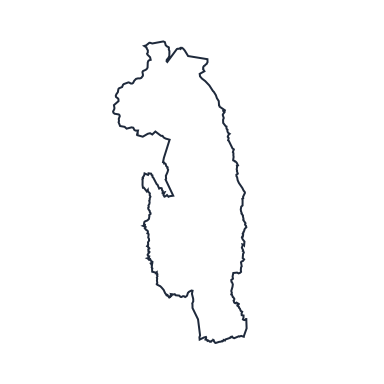 Jilotepec, Veracruz, Mexico (orthographic projection), rotated 64°
{"feature_id": "50627088B17060352314255", "entity_name": "Jilotepec", "entity_type": "district", "adm_level": 2, "iso_a3": "MEX", "parent_name": "Mexico", "parent_adm1": "Veracruz", "projection": "orthographic", "projection_center": [-96.915, 19.611], "detail": "fine", "context": "isolated", "style": "outline", "palette": "slate", "viewbox_px": 384, "rotation_deg": 64, "n_neighbors": 0, "source": "geoboundaries", "source_scale": "gbopen_adm2", "svg_char_len": 6072}
<svg xmlns="http://www.w3.org/2000/svg" viewBox="0 0 384 384"><g transform="rotate(64 192 192)"><path d="M227.3,256.5L228.8,259.3L229.7,259.6L230.2,259.5L231.1,258.6L232.2,259.6L232.0,261.2L232.5,260.8L234.2,260.3L234.1,259.0L235.7,259.1L237.3,258.3L237.5,258.8L237.6,258.5L238.0,258.5L238.7,259.0L238.4,260.1L239.6,259.7L239.9,259.9L239.8,260.3L240.7,260.3L242.1,261.3L243.2,261.1L243.4,261.5L246.2,262.7L248.5,260.0L248.8,260.1L248.6,258.8L249.5,259.2L250.7,259.1L251.1,259.9L252.5,259.9L253.6,261.2L254.7,261.3L256.1,262.3L258.6,263.1L259.3,264.1L260.1,263.9L262.8,261.8L264.5,261.2L267.6,260.4L271.2,260.5L272.8,260.1L273.5,259.4L273.9,260.0L275.1,259.0L276.8,258.8L276.9,258.6L276.4,258.0L276.7,257.6L276.3,257.2L276.3,256.8L275.5,256.6L275.0,255.9L275.2,255.7L276.1,255.7L275.6,254.6L275.1,254.8L276.3,253.0L276.3,252.3L277.7,251.9L279.5,248.9L281.2,248.3L281.7,247.7L281.7,245.7L282.3,244.8L283.4,244.2L283.3,242.8L282.9,241.8L280.9,239.9L280.4,238.5L280.3,235.7L281.0,234.8L283.5,236.7L288.7,237.8L289.9,238.4L290.7,238.7L292.4,240.7L293.3,240.9L296.5,242.4L309.1,242.4L324.4,247.6L325.8,249.0L328.0,249.8L328.0,245.1L328.4,243.0L328.8,243.0L329.2,243.6L330.1,243.7L330.6,244.5L331.8,243.2L332.6,243.3L332.6,242.5L334.5,241.5L334.9,240.6L334.4,240.1L334.4,238.6L334.7,238.3L334.2,237.8L334.9,237.4L335.5,237.8L337.9,237.2L338.1,236.8L338.6,233.3L339.2,231.5L339.1,230.3L339.6,230.0L339.3,228.7L338.9,228.4L339.9,227.5L339.2,226.6L339.8,221.7L339.8,221.3L339.4,221.1L339.3,220.2L339.6,219.3L340.3,219.4L341.9,218.2L342.2,213.1L342.7,212.8L342.9,210.9L344.8,208.9L343.9,208.2L338.5,202.7L330.0,198.9L329.8,199.4L330.2,200.1L330.2,200.9L329.4,201.8L328.8,202.1L327.5,200.8L325.6,199.8L324.5,201.3L322.7,200.6L321.7,199.4L320.2,200.3L317.8,200.1L316.6,200.5L315.9,200.2L314.0,201.1L313.3,200.6L313.5,199.3L313.2,199.0L310.9,200.5L311.0,201.8L310.2,202.4L309.5,202.5L307.8,202.2L307.6,201.6L306.7,200.8L304.7,201.0L304.3,201.4L301.8,201.1L301.3,201.6L300.1,200.4L298.2,200.1L295.0,197.2L292.9,195.8L290.7,195.6L290.0,195.9L288.3,195.3L287.9,193.2L285.8,192.6L282.9,190.4L284.2,186.8L285.6,185.8L285.7,184.3L285.3,182.9L283.5,182.3L281.2,180.9L280.6,179.9L276.7,178.8L276.2,178.1L276.3,176.4L275.4,174.7L273.6,175.4L270.0,173.2L269.2,172.0L267.4,171.8L267.2,172.1L266.6,171.6L263.9,171.6L262.0,169.7L261.2,169.6L261.9,168.7L262.7,168.5L259.6,166.6L256.7,167.2L254.7,167.1L254.1,166.4L254.4,165.9L252.8,164.7L251.8,164.8L251.4,163.9L250.8,163.3L250.6,163.4L249.7,162.0L248.7,161.3L248.2,160.6L247.5,158.6L245.9,158.3L245.4,158.6L244.2,158.5L243.5,157.6L239.5,158.2L239.1,157.6L235.7,156.8L235.4,156.5L233.2,157.0L233.0,156.6L230.8,156.4L229.0,155.8L226.7,154.1L226.3,152.5L221.7,150.2L220.2,149.8L220.2,148.8L218.7,148.2L216.0,144.8L214.9,144.6L213.5,145.0L210.5,145.0L204.4,145.9L201.4,145.8L198.6,145.0L197.2,145.1L195.9,144.5L195.6,142.8L192.9,142.5L192.5,142.1L191.2,141.9L189.1,140.4L188.0,140.1L188.2,139.0L185.2,139.0L183.5,139.6L183.3,140.1L182.6,140.2L181.9,141.0L181.4,141.1L178.7,139.2L177.3,138.8L175.2,137.7L174.1,137.8L172.0,135.7L170.6,136.5L162.1,136.5L161.4,136.9L159.6,135.4L158.1,135.7L157.7,135.4L156.4,133.7L156.2,132.7L154.6,133.6L153.3,133.6L152.0,133.2L151.7,132.8L150.4,133.2L149.5,133.0L148.3,132.3L147.6,132.9L143.6,133.7L140.7,132.4L139.4,131.0L136.7,130.7L135.8,130.3L134.5,127.8L133.3,128.4L132.6,128.4L132.3,128.0L133.7,126.2L127.4,129.8L126.1,129.5L125.9,129.7L122.0,128.1L118.6,128.5L115.4,128.1L111.4,128.5L110.5,128.9L103.8,129.7L98.1,131.5L94.5,133.3L91.6,134.1L89.2,133.3L88.9,127.9L86.3,128.2L85.8,127.6L84.8,127.3L84.0,126.1L84.0,125.2L83.4,123.8L83.4,122.9L82.1,121.1L79.4,119.9L68.1,135.9L61.7,136.5L59.3,137.1L58.1,137.8L58.3,139.4L57.5,139.2L57.5,141.1L57.0,142.0L56.9,143.0L64.3,157.2L63.3,157.5L62.1,156.7L61.0,154.2L59.7,152.7L55.4,150.5L53.8,150.4L52.2,149.5L51.6,149.5L50.5,150.5L48.6,151.3L45.4,150.7L44.1,151.8L41.1,162.6L39.4,164.4L39.2,165.0L40.1,168.9L39.8,170.9L42.2,169.5L42.8,169.8L45.3,169.6L47.3,170.6L48.0,171.8L49.0,171.8L52.5,170.6L55.1,171.2L54.8,172.7L55.1,173.9L56.2,175.0L60.7,177.4L61.5,178.5L61.9,180.0L61.8,183.0L62.5,184.0L65.1,184.7L66.0,185.2L67.2,187.5L67.1,188.9L66.2,190.7L65.8,192.7L66.7,195.2L68.1,197.0L68.3,198.1L67.8,199.3L66.1,200.5L65.6,201.1L65.1,206.0L65.4,207.0L67.0,208.8L66.8,212.1L67.2,213.0L69.8,214.9L71.0,217.2L72.2,218.4L73.4,218.6L75.2,217.6L76.3,217.4L78.1,218.2L79.7,224.1L82.6,224.9L83.6,225.7L85.0,227.6L86.2,227.9L87.7,227.3L90.2,223.8L91.2,223.5L92.2,223.7L94.2,225.8L96.2,226.5L97.1,227.4L101.2,227.7L103.9,224.0L106.4,223.0L107.4,218.0L108.5,216.6L111.0,216.6L112.1,215.8L113.1,213.6L115.8,215.8L115.9,215.4L117.0,216.2L120.7,212.0L120.3,206.2L120.8,203.9L122.9,202.5L121.6,198.4L127.2,195.6L128.0,195.1L128.6,193.9L130.4,193.6L131.2,193.2L132.5,192.2L135.2,189.2L149.0,202.3L152.5,205.0L153.2,204.2L154.2,204.6L154.7,203.6L155.2,203.4L157.5,203.8L159.1,203.1L159.6,203.7L161.6,203.7L163.5,205.4L166.0,208.4L168.8,209.5L169.2,210.3L187.1,210.5L186.0,213.9L186.0,215.2L183.8,215.8L184.2,217.6L184.1,218.8L182.0,219.0L180.3,216.8L179.9,218.8L178.1,217.8L177.1,218.1L175.4,217.6L174.8,218.2L174.4,219.2L174.5,220.0L170.3,219.8L169.6,220.3L162.3,220.5L161.1,220.9L159.7,220.3L159.1,220.8L157.6,220.7L156.2,222.8L156.8,223.1L157.4,224.0L154.5,226.5L156.1,227.7L157.4,230.0L158.1,229.9L158.5,230.2L158.7,231.0L160.1,231.4L164.0,233.4L166.5,234.2L166.8,234.2L167.0,233.4L171.7,232.4L170.8,230.8L172.1,231.3L174.8,230.5L176.2,231.4L178.0,231.4L179.3,232.9L180.6,233.5L181.1,234.3L182.5,234.5L184.0,235.5L185.1,237.1L186.5,237.4L187.1,238.4L188.5,238.7L190.5,238.3L191.4,238.7L192.6,238.5L193.5,238.8L194.0,240.6L195.2,241.0L197.3,242.5L198.0,244.6L197.8,247.0L198.1,248.0L199.7,249.2L200.8,248.6L201.2,248.9L201.0,250.8L203.1,249.0L203.7,249.5L203.9,250.3L205.6,250.0L207.0,249.1L207.9,248.9L208.9,249.3L209.6,250.2L210.4,249.5L211.2,249.6L213.7,251.3L215.2,251.2L216.9,251.9L217.9,253.6L220.0,254.4L221.0,256.0L221.6,255.3L222.2,255.6L223.7,255.0L224.1,255.1L224.3,256.4L226.3,257.2L226.6,257.3L226.6,256.7L227.3,256.5Z" fill="none" stroke="#1e293b" stroke-width="2"/></g></svg>